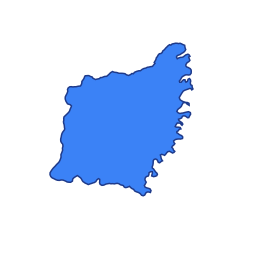 outline of Dom Bosco, Minas Gerais, Brazil, rotated 239°
{"feature_id": "56859067B94759180544499", "entity_name": "Dom Bosco", "entity_type": "district", "adm_level": 2, "iso_a3": "BRA", "parent_name": "Brazil", "parent_adm1": "Minas Gerais", "projection": "robinson", "projection_center": [-46.303, -16.742], "detail": "fine", "context": "isolated", "style": "filled", "palette": "blue", "viewbox_px": 256, "rotation_deg": 239, "n_neighbors": 0, "source": "geoboundaries", "source_scale": "gbopen_adm2", "svg_char_len": 4910}
<svg xmlns="http://www.w3.org/2000/svg" viewBox="0 0 256 256"><g transform="rotate(239 128 128)"><path d="M100.0,64.8L99.6,66.9L99.2,68.4L99.0,69.7L98.6,70.9L98.6,72.8L99.6,74.7L99.8,76.6L98.6,77.3L97.2,76.5L95.7,75.4L94.0,75.1L92.3,76.1L91.5,77.9L91.3,80.2L90.6,82.1L90.0,83.6L89.0,84.6L88.2,86.2L87.1,87.6L86.7,88.9L86.1,90.3L84.8,91.6L83.2,92.3L82.0,93.5L81.0,94.4L79.6,94.3L78.4,94.9L77.7,96.3L77.4,97.9L77.2,99.3L75.8,99.5L74.0,100.2L72.5,101.2L70.6,101.3L69.0,102.3L68.0,103.2L67.1,103.9L65.5,104.7L63.4,105.0L62.1,106.1L61.9,107.7L62.7,109.1L63.3,110.3L63.2,111.6L62.4,112.9L61.2,114.0L62.5,115.5L64.6,115.5L65.6,114.6L67.1,113.2L68.5,112.2L70.3,112.4L71.1,114.0L72.2,115.7L74.1,115.7L75.3,116.1L76.3,117.0L76.9,118.7L76.4,120.7L77.3,121.9L78.8,123.0L78.9,125.0L78.0,126.3L76.7,125.7L75.7,124.5L74.7,123.6L73.1,124.9L72.5,126.6L72.3,128.1L73.2,129.4L74.6,129.5L75.8,129.1L78.0,128.9L79.9,128.8L81.0,128.2L82.2,128.7L83.4,130.2L84.7,131.3L85.9,132.1L87.0,132.8L87.6,134.1L87.3,135.6L86.1,136.5L84.5,136.5L82.9,136.3L81.9,137.2L82.2,139.2L82.1,140.7L83.7,140.6L85.2,140.9L86.5,141.4L88.2,141.8L88.1,143.3L86.8,144.5L85.7,145.3L86.2,147.0L86.9,148.6L87.2,149.9L86.6,151.6L84.9,152.6L83.6,153.3L83.4,154.8L83.9,156.1L85.5,155.6L87.2,155.9L88.9,155.6L89.6,156.7L89.8,158.4L90.4,160.1L92.0,159.9L93.5,160.5L93.7,162.7L93.2,164.3L92.5,165.8L91.5,167.3L90.9,169.3L92.1,170.3L93.8,170.1L95.3,169.0L96.5,168.4L97.7,168.0L98.8,167.4L99.8,168.1L99.7,169.6L100.5,171.2L100.0,172.9L101.5,173.0L102.8,171.6L103.7,170.0L104.9,169.2L106.0,170.7L106.9,172.8L105.9,174.3L105.0,175.5L103.6,175.3L102.5,175.7L103.1,177.0L104.8,177.0L106.5,176.2L108.1,175.5L109.5,175.8L109.1,177.6L109.0,179.2L110.0,180.6L109.8,181.9L108.8,183.2L107.4,183.9L106.2,184.3L105.6,185.4L106.6,187.0L107.6,188.8L109.1,189.4L110.8,188.3L111.5,186.4L112.1,184.5L112.5,182.9L113.2,181.4L113.7,179.9L115.2,178.8L117.1,178.4L118.2,180.1L118.5,181.6L118.6,183.2L119.1,184.9L120.0,186.2L121.1,188.1L120.3,190.6L122.1,189.0L123.5,188.1L125.0,187.3L126.5,187.3L127.9,187.8L128.7,189.4L129.6,191.0L130.5,192.8L131.2,194.5L131.1,196.2L130.8,197.8L130.4,199.6L130.2,201.1L129.4,202.2L127.8,202.3L128.0,203.8L129.8,204.0L131.5,204.8L132.8,204.0L134.5,204.6L135.9,205.9L137.4,206.4L138.8,206.1L138.8,204.6L137.4,202.9L137.4,201.3L138.9,201.3L140.0,201.7L140.7,200.5L140.5,198.8L139.8,197.3L140.6,195.9L141.8,196.2L142.4,197.9L143.2,199.1L144.0,200.9L144.0,202.9L143.9,204.7L143.2,206.0L142.3,207.1L141.7,208.5L142.4,210.3L143.8,211.3L145.2,212.0L146.8,211.9L148.8,210.8L150.2,209.7L151.5,209.6L152.5,210.2L153.5,212.1L153.6,214.5L154.1,215.9L155.8,216.2L157.6,216.5L157.5,218.0L159.0,218.1L160.4,217.4L160.9,215.2L160.7,213.5L160.5,212.2L160.7,210.8L161.4,209.6L161.9,207.8L162.0,205.9L163.9,206.1L164.7,207.5L164.4,209.2L164.1,210.7L164.3,212.3L164.2,213.7L164.4,215.8L165.5,217.9L166.8,218.1L168.1,218.5L169.7,219.2L171.3,218.0L172.6,217.2L173.8,216.3L174.4,214.7L175.3,213.8L176.2,212.4L176.8,210.5L177.3,209.1L177.0,207.4L178.0,206.5L177.9,204.8L177.4,202.9L177.1,201.5L176.4,199.6L176.1,197.4L175.1,196.2L174.9,194.6L175.5,193.1L175.1,191.6L174.1,189.9L173.5,188.3L172.4,187.3L171.4,185.6L170.7,184.2L169.5,184.4L168.8,182.3L168.2,180.7L168.9,179.1L169.5,177.2L170.1,175.8L170.2,174.1L170.8,172.4L171.0,170.5L170.7,168.2L171.6,166.4L172.1,164.5L172.4,162.3L171.8,160.5L172.7,159.4L172.5,157.9L172.7,155.6L174.5,154.0L176.1,153.4L177.5,151.7L178.5,150.2L179.6,148.4L181.3,147.0L182.3,145.7L183.2,144.6L184.4,143.8L184.4,141.5L183.7,138.8L183.3,136.3L184.2,134.6L184.5,133.0L184.7,131.6L185.4,130.4L185.1,128.8L185.8,126.8L186.4,125.0L187.7,124.2L189.0,123.5L190.1,123.6L191.5,122.4L193.1,121.4L193.9,120.0L194.8,118.2L194.1,116.9L193.2,115.9L192.4,114.2L191.7,112.5L190.4,111.6L189.5,110.7L188.5,108.9L189.5,106.7L190.1,104.8L190.9,103.4L191.6,101.9L192.6,100.7L193.3,99.4L193.2,97.5L192.2,96.0L190.5,95.3L189.0,93.5L188.0,91.8L187.0,90.3L185.9,89.5L184.8,89.0L183.0,88.6L181.3,88.6L179.9,88.6L178.9,89.4L177.7,90.5L176.0,90.9L175.0,89.7L174.0,88.2L172.7,86.7L172.0,85.2L171.5,83.3L171.0,81.1L170.5,78.9L169.3,77.8L167.9,77.1L166.6,75.9L165.2,75.3L163.8,75.0L162.4,74.4L161.2,73.8L160.0,73.4L159.1,72.5L158.6,71.2L158.1,69.9L157.3,68.6L156.1,67.3L154.7,66.1L153.2,64.6L151.4,63.6L149.8,63.4L147.8,63.7L145.9,62.9L144.5,61.4L142.6,60.5L141.1,58.7L139.8,56.9L138.8,56.3L137.5,55.6L136.6,54.6L135.7,53.5L134.7,52.0L134.1,50.6L133.8,49.2L133.4,47.7L132.8,45.9L132.2,43.5L131.7,42.1L130.9,40.3L129.8,38.2L128.1,37.1L126.1,36.8L124.3,37.3L122.4,38.6L120.9,39.5L119.5,40.7L118.4,42.3L117.9,43.9L116.8,45.5L115.5,46.5L114.4,47.3L113.1,48.0L112.0,49.4L111.0,50.9L111.1,53.0L112.7,54.3L113.2,55.9L113.3,57.9L113.3,60.1L111.5,60.9L109.9,61.6L108.6,61.8L106.5,61.7L105.3,61.8L104.0,62.4L102.8,62.9L101.5,63.9L100.0,64.8ZM120.3,190.6L118.8,190.7L117.6,191.2L116.0,192.1L117.7,193.0L119.1,192.2L120.3,190.6Z" fill="#3b82f6" stroke="#1e3a8a" stroke-width="1.5"/></g></svg>